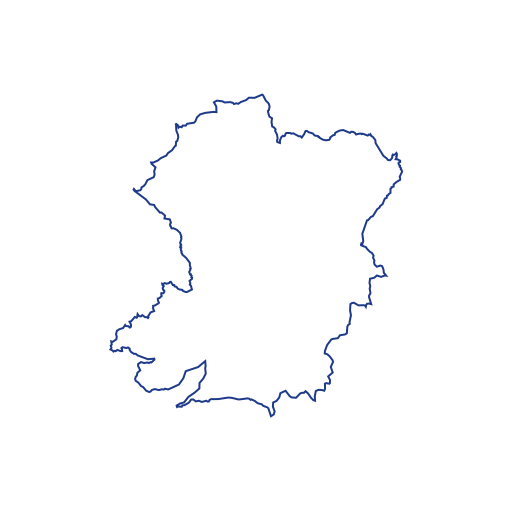 the district of Cayambe, Pichincha, Ecuador, rotated 332°
{"feature_id": "8360857B65214647181775", "entity_name": "Cayambe", "entity_type": "district", "adm_level": 2, "iso_a3": "ECU", "parent_name": "Ecuador", "parent_adm1": "Pichincha", "projection": "robinson", "projection_center": [-78.111, -0.003], "detail": "fine", "context": "isolated", "style": "outline", "palette": "blue", "viewbox_px": 512, "rotation_deg": 332, "n_neighbors": 0, "source": "geoboundaries", "source_scale": "gbopen_adm2", "svg_char_len": 6134}
<svg xmlns="http://www.w3.org/2000/svg" viewBox="0 0 512 512"><g transform="rotate(332 256 256)"><path d="M338.8,127.2L337.6,123.4L337.7,117.4L337.2,116.4L329.1,115.7L324.0,112.9L320.6,113.7L314.7,112.9L311.9,113.3L310.2,111.9L307.9,111.5L307.5,109.9L305.4,108.0L300.4,105.7L299.0,103.7L294.5,100.5L291.0,100.5L291.1,105.4L288.6,110.4L285.9,108.7L278.4,105.8L273.1,104.7L268.9,105.9L265.6,108.7L263.8,109.2L257.2,106.9L255.3,107.9L252.4,106.4L250.8,107.4L249.3,106.0L247.8,106.3L248.4,103.6L247.1,101.2L247.2,102.2L244.5,107.9L244.0,112.4L243.0,114.8L240.5,117.4L239.1,117.6L236.9,121.0L235.9,121.0L231.4,123.2L226.6,123.8L224.0,125.2L217.7,124.9L214.5,125.6L209.3,125.3L207.3,124.2L207.1,125.6L208.9,130.5L205.9,133.3L204.7,136.5L202.7,138.4L195.8,138.0L192.1,140.6L189.5,141.6L187.2,141.6L186.0,143.1L184.6,143.6L180.3,142.4L179.7,139.5L179.1,139.9L179.3,141.5L185.4,154.5L186.6,160.6L190.0,163.1L189.9,165.6L191.6,172.7L192.9,173.1L194.5,177.1L194.6,177.7L192.8,179.9L197.1,183.2L196.5,186.7L195.1,187.5L194.4,189.0L194.7,189.8L194.4,191.2L194.6,192.1L196.2,192.8L198.4,195.7L199.8,199.9L199.2,204.1L198.6,204.3L198.2,205.8L195.1,208.9L195.2,211.0L194.5,211.0L194.0,211.5L194.2,212.3L193.2,212.7L193.7,213.8L193.1,214.0L192.3,216.1L192.6,216.9L191.6,218.1L191.9,219.3L191.6,220.2L193.4,224.8L194.4,231.0L193.3,233.0L192.5,236.5L191.6,236.6L191.3,237.6L189.5,238.7L189.2,241.3L189.9,241.7L189.5,242.4L189.9,243.4L188.9,244.4L189.4,245.3L188.6,246.2L185.7,246.7L185.3,249.1L184.1,250.2L184.6,251.5L183.7,255.5L178.0,255.4L177.0,254.8L175.0,252.3L175.1,251.3L172.8,249.7L171.6,248.1L171.3,245.9L169.8,244.6L170.2,243.3L168.9,242.5L168.7,238.8L167.8,238.5L166.7,239.1L164.0,238.5L162.6,237.0L160.9,237.3L160.2,236.5L159.8,237.8L160.4,239.3L158.6,240.4L158.1,242.2L158.8,243.4L158.3,244.5L156.7,245.4L155.0,244.4L154.2,245.6L154.0,247.0L151.2,247.8L149.3,247.5L148.5,249.3L148.4,251.6L147.9,252.0L143.1,252.2L141.8,251.7L140.5,254.0L140.2,256.8L136.5,256.3L132.7,258.4L132.2,259.8L131.5,260.1L131.0,258.8L129.4,258.0L127.8,254.8L126.1,255.3L124.6,254.3L124.2,251.7L122.1,254.4L121.4,254.4L120.4,252.9L115.2,255.0L113.5,254.6L113.4,257.8L112.7,259.4L111.7,260.0L110.8,259.8L110.5,258.2L108.3,256.8L108.1,255.5L104.8,257.2L101.0,256.5L98.0,256.8L95.7,259.4L95.2,261.8L93.6,264.0L88.9,264.5L88.1,263.5L87.0,266.5L85.7,266.9L85.3,269.2L83.6,270.2L85.0,272.1L85.3,273.5L86.7,273.4L87.5,274.2L89.4,273.8L91.9,276.5L93.2,277.1L94.0,275.0L93.9,274.2L95.2,273.8L98.4,276.4L100.1,276.7L100.9,278.5L100.4,279.4L100.6,282.0L102.2,285.0L103.9,285.9L104.9,288.3L112.1,296.4L117.9,298.8L117.7,299.8L113.7,300.9L113.0,300.2L111.3,300.3L109.9,298.9L107.1,298.1L104.7,295.7L101.3,296.0L100.3,297.5L100.1,302.6L96.5,303.4L94.6,305.7L93.1,306.2L91.5,307.9L91.2,309.7L92.7,312.6L93.5,317.0L94.8,318.7L95.8,323.4L97.8,325.9L99.3,326.2L101.2,325.4L104.2,326.0L107.3,328.8L110.3,329.5L111.9,330.6L113.3,330.4L115.8,332.6L127.6,333.3L134.5,329.8L139.9,324.7L152.8,326.9L161.8,325.0L159.8,329.6L158.4,331.3L156.4,336.3L151.8,339.5L146.5,341.6L143.8,346.4L137.8,347.8L130.1,348.7L123.8,351.5L119.6,350.6L115.7,350.8L115.4,352.3L116.7,352.4L119.6,354.2L120.9,353.3L122.7,354.1L127.8,354.0L131.4,352.3L133.3,353.3L134.6,356.1L137.6,357.0L139.6,359.4L144.2,360.5L144.9,361.8L146.0,362.3L147.4,361.3L149.1,361.3L155.7,364.7L164.9,367.9L167.8,369.7L173.4,374.6L181.8,377.8L183.1,379.0L183.6,380.4L184.7,380.5L187.0,383.6L188.3,386.7L191.5,389.7L191.9,391.5L195.1,395.2L195.4,396.4L194.0,404.5L197.4,404.2L199.5,401.9L200.2,396.9L202.4,393.4L206.0,393.6L210.0,391.9L213.1,388.6L218.1,388.8L218.8,388.9L220.0,395.7L221.0,397.5L224.8,400.0L230.5,398.1L232.2,398.3L234.0,399.3L236.3,398.6L237.4,401.7L238.1,407.5L239.0,410.2L240.2,411.5L241.9,407.7L245.4,403.3L248.3,403.5L251.2,405.2L253.0,407.0L254.6,405.7L256.9,401.1L258.3,401.2L260.8,403.2L261.6,402.9L263.1,400.3L263.2,396.2L269.0,394.9L270.0,389.0L274.3,385.7L274.7,383.9L273.9,379.1L272.9,376.4L270.9,374.3L272.4,372.1L277.0,368.0L283.2,365.1L284.7,365.2L289.7,367.0L292.9,365.4L297.9,367.1L299.9,366.9L303.5,361.2L304.9,360.2L307.0,359.9L307.5,358.4L312.0,352.9L313.6,348.0L316.8,342.8L318.3,342.6L320.4,343.1L323.3,347.7L328.2,350.1L329.0,351.2L329.1,352.4L330.3,350.9L331.7,350.3L333.4,351.0L335.1,352.6L336.5,345.4L337.3,344.0L339.6,342.6L341.1,338.1L342.8,336.2L343.5,333.2L346.0,329.6L350.0,330.7L353.6,330.0L356.7,333.2L360.5,333.7L361.7,334.5L361.0,330.9L362.2,327.8L362.6,324.3L361.3,322.8L357.7,322.2L356.7,319.3L357.2,317.0L358.4,315.7L358.6,312.4L360.0,310.9L359.8,307.7L358.6,305.8L357.3,301.5L357.3,299.9L353.8,295.9L354.1,295.0L354.7,294.8L355.2,295.4L355.4,294.5L355.9,294.9L357.7,293.2L360.3,286.3L370.8,276.6L371.8,277.0L375.9,275.4L377.9,275.7L384.9,271.6L387.9,271.2L388.9,270.2L392.0,269.7L396.7,265.8L398.6,266.1L399.9,264.2L401.1,264.4L402.0,263.7L404.4,263.4L406.2,259.9L407.3,259.7L407.8,258.9L410.1,259.3L411.2,257.4L414.7,256.6L418.9,256.4L419.7,255.3L420.1,253.5L424.6,250.1L424.9,248.4L424.5,247.5L425.3,246.5L424.7,244.6L425.6,243.9L425.1,242.6L425.3,241.0L425.8,240.5L427.4,240.7L428.0,239.5L426.3,237.1L424.8,236.1L426.2,235.2L426.5,234.1L427.3,233.9L428.4,231.7L428.3,230.9L426.7,231.6L424.9,231.4L424.5,230.7L423.4,231.4L422.5,233.1L421.0,233.9L419.4,234.4L417.6,233.2L417.2,231.1L415.5,227.4L414.6,212.5L415.8,209.6L415.0,205.4L414.2,204.4L414.2,202.5L413.6,202.9L412.8,201.7L411.2,202.1L407.6,198.1L406.6,198.1L405.9,197.0L403.8,196.2L401.4,195.7L401.1,193.7L400.0,192.0L398.3,191.0L396.8,191.4L392.1,185.7L388.6,184.5L385.3,184.4L383.8,184.5L382.3,186.0L380.8,185.6L377.3,186.1L376.7,187.1L375.1,187.8L372.1,186.7L369.6,184.6L367.7,181.5L367.7,180.6L367.0,180.3L367.1,179.3L364.3,177.1L363.7,174.5L360.6,171.4L359.6,169.4L358.4,168.9L355.6,171.1L352.0,172.9L351.5,171.2L350.0,170.4L346.6,165.3L344.4,164.4L343.9,163.4L340.5,161.6L339.0,162.3L338.1,163.4L336.7,163.3L336.2,162.5L334.2,162.9L331.4,165.2L330.2,167.4L328.3,165.4L328.8,163.8L330.1,162.6L330.8,161.0L331.6,158.2L331.6,154.6L332.8,153.3L332.2,150.8L331.1,149.3L332.6,145.0L334.8,141.9L333.3,139.3L333.7,136.6L334.6,133.5L336.0,133.1L338.2,130.4L338.8,127.2Z" fill="none" stroke="#1e3a8a" stroke-width="2"/></g></svg>